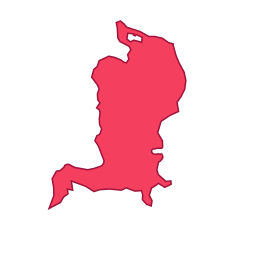 outline of Bekabad, Tashkent, Uzbekistan, rotated 197°
{"feature_id": "79887680B93724335665185", "entity_name": "Bekabad", "entity_type": "district", "adm_level": 2, "iso_a3": "UZB", "parent_name": "Uzbekistan", "parent_adm1": "Tashkent", "projection": "robinson", "projection_center": [69.201, 40.442], "detail": "fine", "context": "isolated", "style": "filled", "palette": "rose", "viewbox_px": 256, "rotation_deg": 197, "n_neighbors": 0, "source": "geoboundaries", "source_scale": "gbopen_adm2", "svg_char_len": 1629}
<svg xmlns="http://www.w3.org/2000/svg" viewBox="0 0 256 256"><g transform="rotate(197 128 128)"><path d="M109.3,221.7L113.9,221.4L121.4,223.9L129.3,223.3L134.9,221.6L144.3,223.7L158.5,224.0L162.5,226.5L166.6,228.1L170.0,225.4L167.5,220.5L164.0,211.1L161.0,208.3L151.0,206.5L148.1,203.7L149.8,198.0L147.3,194.1L148.6,189.9L151.3,189.7L154.6,191.0L161.2,191.6L167.2,191.1L175.3,183.9L175.4,177.8L177.8,174.1L177.6,166.0L170.1,160.5L167.1,157.1L167.2,151.5L165.1,146.1L162.2,143.8L163.9,138.1L160.5,136.8L159.2,134.3L158.1,128.3L156.1,122.9L153.0,119.6L153.1,114.0L155.6,111.3L155.9,106.1L151.2,102.3L141.5,89.9L141.0,87.7L141.7,85.0L143.0,83.4L148.8,79.3L154.3,76.3L167.4,74.7L173.7,75.9L175.8,75.4L177.7,73.6L177.5,72.4L180.4,67.4L183.8,65.8L185.7,57.3L181.6,49.1L179.1,41.6L180.0,27.9L170.8,37.1L169.5,43.0L166.1,47.5L168.1,51.8L162.7,52.4L166.7,60.7L151.4,59.9L142.0,57.3L136.9,60.8L128.1,64.2L116.2,66.6L112.4,70.2L102.9,69.7L96.9,72.0L94.4,68.5L93.3,63.7L88.0,60.5L83.0,60.2L83.7,65.4L87.9,69.8L88.0,77.5L84.7,81.1L82.7,84.0L75.5,82.0L70.3,86.8L71.5,89.9L76.1,88.0L81.4,90.4L85.4,92.3L88.3,96.7L88.8,104.4L87.5,105.7L86.0,109.3L86.6,111.4L88.1,113.0L91.1,112.1L91.8,112.0L94.8,110.6L96.5,110.7L98.3,111.8L98.9,113.8L98.1,115.0L95.3,116.4L94.2,117.3L89.8,118.4L89.3,119.9L91.3,125.8L98.2,132.1L98.4,144.0L91.7,152.2L84.5,158.6L88.6,166.9L86.5,173.6L85.1,181.6L86.5,190.2L90.6,197.7L98.3,205.3L103.4,211.5L109.2,220.7L109.3,221.7ZM155.1,212.8L155.9,218.6L150.0,219.6L149.9,218.4L148.0,218.3L147.6,219.7L140.9,218.8L140.1,214.0L148.0,213.7L151.0,211.0L155.1,212.8Z" fill="#f43f5e" stroke="#9f1239" stroke-width="1.5"/></g></svg>